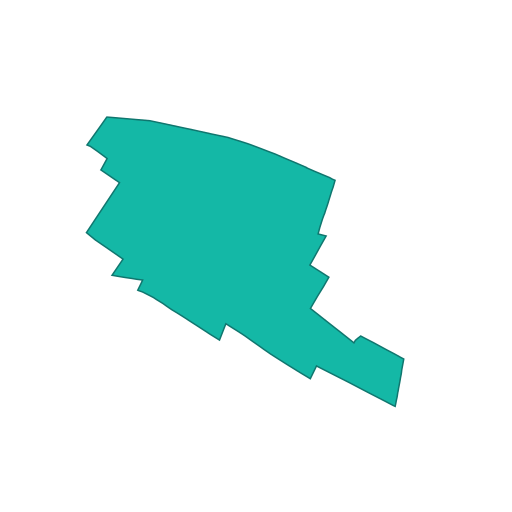 outline of Calmatuiu De Sus, Teleorman, Romania, rotated 221°
{"feature_id": "2599482B3136924676864", "entity_name": "Calmatuiu De Sus", "entity_type": "district", "adm_level": 2, "iso_a3": "ROU", "parent_name": "Romania", "parent_adm1": "Teleorman", "projection": "natural_earth1", "projection_center": [24.795, 44.054], "detail": "fine", "context": "isolated", "style": "filled", "palette": "teal", "viewbox_px": 512, "rotation_deg": 221, "n_neighbors": 0, "source": "geoboundaries", "source_scale": "gbopen_adm2", "svg_char_len": 2310}
<svg xmlns="http://www.w3.org/2000/svg" viewBox="0 0 512 512"><g transform="rotate(221 256 256)"><path d="M149.4,196.4L148.5,196.6L145.9,197.0L139.7,198.1L136.3,198.7L134.5,199.0L135.4,202.3L138.2,212.7L132.5,214.1L102.7,221.6L85.0,225.8L82.9,226.3L63.7,231.0L58.2,232.3L54.4,233.2L52.3,233.8L52.4,234.0L52.6,234.3L52.8,234.5L53.0,235.1L53.4,235.7L54.1,237.0L54.6,237.8L55.4,239.2L55.9,240.1L56.4,241.0L56.6,241.5L56.9,241.9L57.2,242.4L57.4,242.8L57.9,243.6L58.5,244.5L59.0,245.3L59.3,245.8L59.7,246.4L59.9,246.9L60.4,247.7L60.9,248.6L61.3,249.2L61.9,250.2L62.4,251.1L63.3,252.6L64.4,254.5L66.0,257.2L67.0,258.8L68.1,260.7L68.6,261.6L69.6,263.2L71.3,265.7L76.9,275.2L80.3,274.4L87.4,272.9L94.2,271.3L94.5,271.2L99.0,270.2L110.8,267.6L114.0,266.8L118.5,265.7L120.6,265.2L124.5,264.3L124.8,262.5L125.1,261.3L125.7,257.5L125.6,257.1L125.1,254.7L138.6,254.1L158.7,253.1L180.5,252.1L180.6,252.6L182.0,259.8L183.3,266.7L185.0,277.2L187.1,287.8L201.9,285.6L209.4,284.5L211.2,293.2L214.0,306.2L216.2,317.1L223.6,313.4L226.6,319.5L230.2,327.8L231.6,331.5L232.1,333.1L233.8,337.0L235.0,340.0L236.7,344.0L237.1,344.8L238.2,347.3L239.6,350.5L241.0,353.6L241.9,355.8L243.0,358.6L246.0,365.0L248.7,364.1L251.8,363.5L259.6,360.9L261.2,360.4L267.2,358.4L275.8,355.7L275.9,355.9L284.2,353.3L298.0,348.8L308.5,345.5L314.4,343.3L322.4,340.4L332.7,336.6L336.5,335.1L352.3,328.2L354.9,327.1L369.8,318.8L384.7,310.7L424.6,288.6L424.9,288.4L456.1,265.7L459.3,263.3L459.7,263.0L459.7,262.7L458.5,250.8L456.4,228.9L452.9,230.1L444.2,231.0L435.1,231.7L433.4,231.8L432.3,231.9L429.5,219.3L429.5,219.2L414.0,221.0L407.1,221.8L403.1,191.3L399.3,162.4L387.7,162.7L376.5,164.0L355.5,166.3L354.3,166.4L352.0,147.0L350.7,147.8L346.7,150.2L340.7,153.9L335.3,157.4L330.7,160.2L325.8,163.5L324.8,160.1L322.8,152.6L322.1,152.8L318.1,154.4L310.2,156.4L306.1,157.4L302.8,157.8L295.1,159.1L292.8,159.3L290.6,159.5L284.4,160.2L281.6,160.7L279.9,161.0L271.1,162.4L263.8,163.4L261.0,163.8L252.0,165.1L238.8,166.9L228.4,168.6L230.2,173.6L232.5,180.0L234.3,185.1L224.0,186.7L215.4,188.0L211.4,188.5L207.1,188.9L202.8,189.3L196.2,190.0L192.3,190.4L188.7,190.7L184.4,191.2L180.6,191.6L170.5,193.1L168.6,193.4L168.0,193.5L165.2,193.9L159.4,194.8L155.3,195.5L155.1,195.5L152.1,196.0L149.4,196.4Z" fill="#14b8a6" stroke="#0f766e" stroke-width="1.5"/></g></svg>